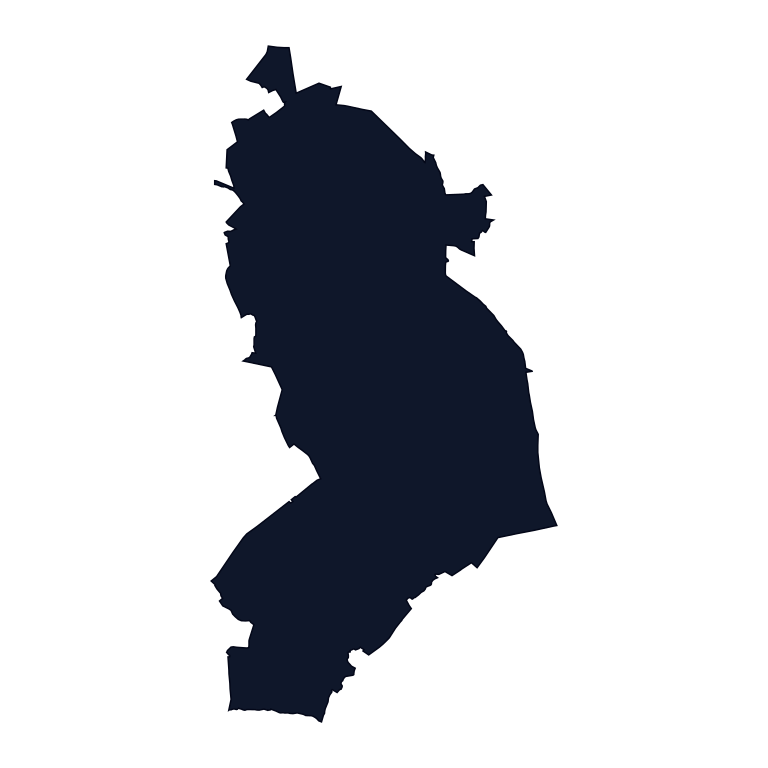 Granicesti, Suceava, Romania
{"feature_id": "2599482B75349817516737", "entity_name": "Granicesti", "entity_type": "district", "adm_level": 2, "iso_a3": "ROU", "parent_name": "Romania", "parent_adm1": "Suceava", "projection": "robinson", "projection_center": [26.065, 47.795], "detail": "fine", "context": "isolated", "style": "filled", "palette": "ink", "viewbox_px": 768, "rotation_deg": 0, "n_neighbors": 0, "source": "geoboundaries", "source_scale": "gbopen_adm2", "svg_char_len": 6095}
<svg xmlns="http://www.w3.org/2000/svg" viewBox="0 0 768 768"><path d="M321.5,721.9L323.4,715.3L324.5,713.4L324.7,711.1L325.2,708.8L328.0,701.9L328.5,697.8L329.9,694.7L331.7,692.3L331.9,691.5L331.3,690.7L332.2,689.6L337.1,692.5L339.1,690.2L340.0,689.5L341.1,689.2L342.1,687.0L342.2,685.9L341.9,685.2L341.3,684.7L341.0,683.5L341.1,682.8L341.3,682.1L341.8,681.4L342.8,680.6L343.0,679.6L344.5,677.3L345.9,676.4L352.5,675.3L353.5,674.9L353.8,674.5L353.8,673.7L354.2,670.8L355.2,668.2L351.5,666.2L348.1,662.4L347.4,660.8L347.1,659.3L348.3,657.6L348.4,655.8L348.0,652.9L348.3,652.1L350.1,652.0L350.2,651.4L350.0,650.6L353.9,648.8L355.5,649.9L358.9,648.6L360.2,647.2L364.0,649.7L363.0,651.0L368.7,654.9L379.2,647.3L382.9,644.2L387.9,639.3L389.3,637.8L395.5,628.1L400.2,622.1L401.8,620.4L402.1,619.5L411.3,608.6L409.1,605.5L406.5,600.6L406.3,600.1L406.6,599.7L408.2,598.0L410.1,597.5L412.1,599.1L412.6,599.0L413.9,597.8L415.1,597.5L418.5,594.9L421.1,592.4L423.9,590.8L425.2,589.1L425.9,587.3L426.3,586.9L428.1,586.1L430.1,585.4L431.0,584.8L431.4,583.9L431.5,582.2L432.7,580.4L434.7,578.9L437.5,577.7L435.5,576.2L435.0,575.0L435.0,574.4L435.7,574.1L438.8,574.4L445.0,571.5L452.0,575.6L460.7,569.9L460.7,569.7L471.4,562.7L477.1,567.7L484.4,557.7L497.9,537.6L516.5,533.7L534.3,530.3L553.4,526.1L556.8,525.5L551.3,512.6L547.0,503.9L546.0,500.6L544.4,491.9L541.1,477.6L539.3,467.6L537.8,452.4L537.8,445.2L538.2,434.3L535.9,429.8L535.2,427.7L533.5,419.7L532.4,411.5L530.4,402.3L529.3,395.4L528.7,392.4L527.7,383.5L527.0,379.9L525.9,372.3L532.1,371.3L532.0,371.0L525.6,368.3L524.8,361.5L523.9,357.9L523.3,354.4L522.5,352.3L520.7,349.1L514.2,342.3L512.8,340.4L508.0,335.6L506.5,333.2L506.3,332.5L506.5,331.5L506.2,331.0L505.1,330.7L504.8,330.4L501.4,325.8L498.0,321.9L496.1,319.5L493.8,315.5L486.7,308.3L485.8,306.3L483.2,304.2L480.3,301.1L476.6,297.9L475.0,297.1L465.9,290.8L446.1,276.0L445.6,275.0L445.3,273.1L445.4,265.6L445.7,262.5L446.4,261.8L448.0,261.4L448.4,260.9L447.9,259.6L446.3,258.3L445.6,257.4L445.7,250.6L446.0,245.0L454.0,245.7L456.2,246.2L457.9,247.4L459.6,249.0L461.4,250.0L474.5,255.7L474.0,248.3L474.2,241.7L471.6,241.7L472.1,238.8L477.9,238.5L478.9,237.0L479.5,233.3L481.2,232.2L482.5,230.5L483.4,231.0L484.7,232.1L485.7,232.4L488.8,227.6L489.4,226.5L489.6,225.5L489.7,222.9L489.9,222.4L490.6,221.7L493.5,220.0L485.3,218.8L485.5,215.2L486.0,212.0L486.3,201.6L484.4,196.4L491.4,195.0L482.9,184.6L480.4,185.2L477.9,187.7L474.5,189.0L472.3,192.1L470.6,193.4L468.6,193.8L465.8,193.8L463.8,194.2L446.0,194.9L445.4,194.2L444.9,193.0L444.3,188.6L442.9,186.2L442.3,184.8L442.8,182.8L442.9,181.1L441.2,178.2L440.6,176.2L440.4,174.3L440.0,172.4L437.3,167.7L436.3,165.3L435.7,162.6L433.2,157.5L433.8,155.2L431.8,155.0L425.6,152.0L425.7,153.6L425.4,156.7L425.5,159.1L424.9,162.5L424.2,162.0L422.3,159.2L420.8,157.6L415.4,153.7L409.2,148.3L400.3,139.3L371.3,111.1L362.2,109.4L347.5,106.2L344.2,105.6L336.0,104.8L341.2,86.5L330.5,88.9L330.4,87.2L319.0,83.2L296.2,93.2L293.0,73.9L290.6,57.4L289.0,47.7L284.3,47.7L277.2,47.3L268.3,46.1L267.3,51.6L266.0,54.4L246.6,79.3L250.8,81.2L259.1,83.3L260.8,85.2L262.2,87.5L264.2,86.7L266.7,88.2L268.0,89.7L268.7,92.5L272.7,90.5L275.9,89.5L280.7,97.0L282.9,101.6L283.5,102.3L285.2,102.0L284.6,102.7L284.6,106.1L276.3,112.6L269.2,117.5L266.6,114.3L265.4,113.3L263.7,110.2L249.3,119.0L248.7,119.7L248.2,119.9L246.8,119.3L245.1,119.1L238.6,119.2L236.3,119.8L233.6,121.2L231.7,122.5L232.4,124.2L236.0,136.0L237.5,141.8L227.1,149.7L226.2,167.9L228.1,168.2L228.0,168.6L228.7,171.4L230.6,175.9L231.9,180.4L233.9,185.8L233.9,188.2L216.4,180.9L214.7,180.7L214.7,184.4L217.2,184.8L221.7,186.7L222.1,186.5L222.7,186.8L223.8,186.9L224.4,186.6L227.9,187.9L230.3,189.5L232.3,189.9L233.4,190.5L235.4,192.4L238.0,195.6L240.1,198.5L241.2,200.9L242.3,201.8L244.1,204.0L240.6,206.6L226.2,222.0L226.6,222.8L228.8,225.0L234.9,228.2L236.1,229.1L234.5,229.5L231.4,231.1L230.5,231.4L227.6,231.2L224.5,232.4L224.2,232.7L225.2,235.0L227.9,236.5L228.2,237.1L228.3,239.3L228.9,241.5L228.8,242.3L227.9,243.1L226.2,243.7L230.2,265.2L230.1,266.1L228.3,267.9L227.5,269.1L226.7,270.9L225.8,275.3L225.7,276.9L225.8,278.3L227.3,283.6L230.1,290.3L231.5,294.4L234.4,300.8L237.9,307.6L240.1,312.6L241.1,315.6L241.1,316.9L241.3,317.6L246.3,314.5L247.5,314.2L248.6,314.3L250.7,313.8L252.9,315.1L254.0,315.3L254.9,316.6L256.3,320.5L256.7,320.7L256.8,321.3L255.9,323.0L255.6,324.9L255.9,328.3L255.9,334.0L255.8,335.6L255.7,336.2L254.4,336.9L254.1,338.6L254.1,345.0L253.7,346.7L255.7,353.2L252.1,352.7L251.6,354.2L249.8,357.2L248.5,358.0L246.8,358.3L245.6,359.0L244.7,360.0L243.2,361.0L271.5,366.9L275.4,374.7L282.1,389.4L282.1,390.1L277.5,407.2L275.8,415.1L275.4,415.4L275.9,415.4L276.2,416.0L276.6,418.2L280.9,428.0L282.0,431.6L284.5,437.7L288.3,445.5L289.6,447.5L294.0,444.0L298.2,447.4L302.6,450.6L307.6,454.5L309.0,456.0L310.0,457.6L312.6,463.3L314.4,465.5L316.7,470.7L320.7,478.8L317.1,480.2L312.6,483.7L312.0,484.0L296.2,497.0L295.2,496.6L291.3,499.7L292.9,501.6L290.5,503.1L289.1,501.6L257.2,526.4L246.8,533.9L243.4,537.7L233.1,552.2L216.6,576.6L211.2,581.0L215.4,584.9L214.9,585.5L217.0,589.0L220.6,593.3L221.0,595.8L222.6,598.3L219.5,601.0L222.8,605.9L228.9,608.9L231.0,610.3L232.7,614.1L235.1,616.6L238.3,619.4L241.3,620.7L245.6,620.9L249.6,620.6L250.9,622.4L253.9,624.7L249.3,639.4L249.0,640.8L249.0,645.2L248.8,647.4L247.8,647.9L246.5,648.0L236.8,647.3L233.3,646.8L231.0,647.1L227.4,650.6L227.3,651.2L226.6,652.3L228.8,654.9L229.7,655.4L229.8,655.9L229.6,656.8L228.0,656.9L228.9,669.9L229.0,673.9L229.9,683.5L230.1,688.9L231.1,699.4L228.8,710.2L229.4,709.8L231.1,709.8L232.2,709.3L234.0,708.9L236.4,709.5L237.3,709.3L238.5,708.2L238.8,708.2L239.5,708.6L241.7,709.2L242.7,709.7L244.3,710.2L245.4,710.1L246.6,709.6L248.0,709.5L255.0,709.6L256.9,710.0L259.2,710.1L264.0,709.1L267.7,710.3L267.9,710.0L268.7,710.2L270.5,709.8L270.8,709.1L275.9,711.0L279.3,712.6L280.5,712.9L283.1,712.7L284.7,713.0L288.0,712.9L290.0,713.4L293.0,713.6L297.2,712.9L303.3,714.3L305.8,715.5L311.4,715.7L313.0,716.2L315.4,717.6L316.9,718.8L318.7,720.8L321.5,721.9Z" fill="#0f172a" stroke="#020617" stroke-width="1.5"/></svg>